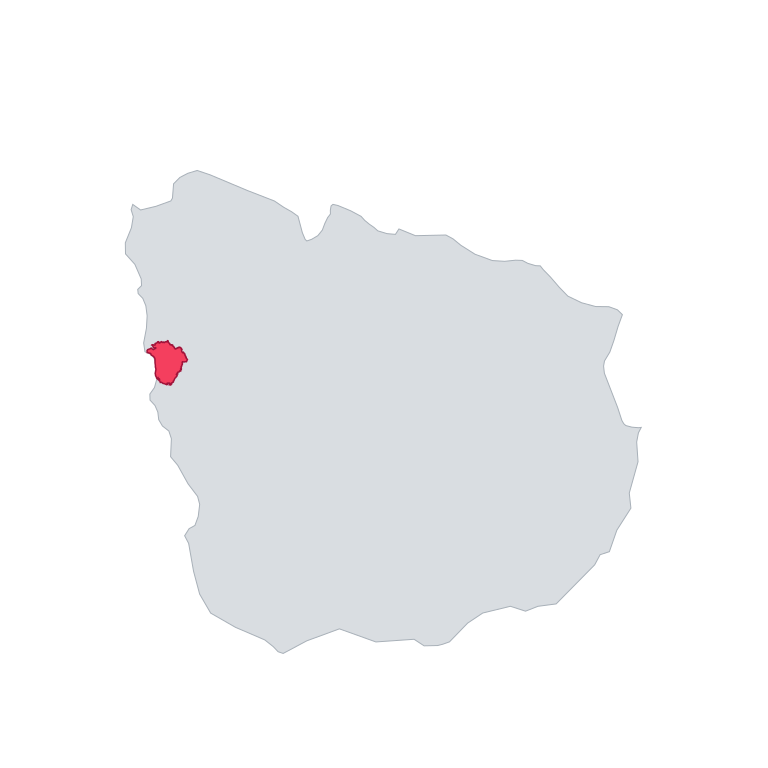 Chapicuy, Paysandú, Uruguay (highlighted), rotated 339°
{"feature_id": "84410073B18564201435230", "entity_name": "Chapicuy", "entity_type": "district", "adm_level": 2, "iso_a3": "URY", "parent_name": "Uruguay", "parent_adm1": "Paysandú", "projection": "mercator", "projection_center": [-57.843, -31.658], "detail": "fine", "context": "in_parent", "style": "filled", "palette": "rose", "viewbox_px": 768, "rotation_deg": 339, "n_neighbors": 0, "source": "geoboundaries", "source_scale": "gbopen_adm2", "svg_char_len": 6401}
<svg xmlns="http://www.w3.org/2000/svg" viewBox="0 0 768 768"><g transform="rotate(339 384 384)"><path d="M608.6,516.7L604.0,520.8L599.1,528.7L593.3,547.6L573.9,573.7L570.0,588.4L549.0,603.9L534.3,621.3L524.6,620.8L515.9,628.3L465.9,651.0L448.0,646.7L434.7,646.8L422.3,636.8L394.1,633.2L376.4,637.2L352.7,648.2L345.6,648.0L340.4,647.4L327.6,642.8L320.6,633.1L284.0,621.9L254.6,596.6L219.9,596.1L193.3,599.4L189.2,596.0L186.5,589.5L181.0,580.2L158.1,557.9L140.1,535.8L136.6,514.1L139.1,490.6L144.5,462.8L143.5,454.2L150.2,449.2L156.8,448.3L163.1,441.1L168.8,430.3L169.7,422.1L165.3,407.0L162.3,385.9L158.7,375.4L165.9,358.9L166.3,350.8L162.1,343.8L160.9,336.6L162.8,329.1L162.5,322.0L159.8,315.2L161.8,309.5L168.5,305.0L173.5,298.2L176.8,288.9L178.4,281.9L178.5,277.0L176.5,272.5L172.4,268.2L174.3,259.6L182.2,246.8L187.3,235.5L189.7,225.6L189.5,217.6L186.9,211.5L188.0,207.4L192.9,205.3L195.0,198.9L194.3,183.0L189.3,169.9L193.1,159.5L204.2,147.6L209.9,137.9L210.4,130.6L213.8,126.3L219.1,134.3L234.8,136.4L250.6,136.7L253.1,134.7L259.3,121.7L267.5,118.0L276.4,117.0L286.1,117.7L296.5,126.3L325.8,154.4L347.3,173.9L353.8,183.2L359.5,190.1L363.8,196.6L362.0,213.4L362.2,220.7L363.2,222.8L368.2,223.0L375.4,221.8L381.6,218.2L386.4,212.8L391.1,208.4L394.9,206.1L396.2,202.5L398.4,198.8L400.7,198.0L404.9,200.8L415.0,210.4L422.7,219.3L424.6,224.3L427.6,229.6L430.8,234.3L433.1,238.8L440.7,244.7L448.3,248.4L453.5,244.6L466.5,256.8L495.2,267.1L500.5,273.3L505.5,282.1L515.5,295.5L529.4,307.6L540.6,312.7L551.3,315.6L557.4,318.2L561.5,322.9L568.0,327.9L572.2,329.7L573.6,334.2L577.8,344.0L582.2,356.3L587.1,367.8L597.5,378.9L609.3,387.5L621.6,392.4L628.5,398.4L631.4,404.7L623.2,414.1L614.2,425.8L606.3,435.1L598.1,441.5L595.4,446.0L593.6,452.9L593.7,489.6L593.0,503.3L593.6,507.0L594.8,509.4L599.9,513.1L606.1,516.1L608.6,516.7Z" fill="#d9dde1" stroke="#a8b0b8" stroke-width="1"/><path d="M197.7,299.1L197.7,298.7L198.1,298.5L198.5,298.8L198.8,298.9L198.9,298.3L199.1,297.9L199.9,298.0L200.0,297.7L199.7,297.1L199.7,296.9L200.0,296.9L200.4,296.8L200.5,296.5L200.4,296.2L200.7,295.8L200.8,295.4L201.0,294.9L201.6,294.8L201.7,294.6L202.1,293.8L202.7,293.6L202.7,293.2L202.9,292.7L203.3,292.4L203.3,292.0L203.3,291.5L203.8,291.0L205.3,291.8L206.7,292.0L207.6,292.4L209.3,290.6L208.7,289.3L208.6,288.7L208.9,288.4L209.0,288.1L208.8,287.9L208.5,287.5L208.8,286.7L208.6,286.3L208.5,285.7L208.9,284.8L208.5,284.5L208.5,283.6L208.2,283.3L208.2,282.8L208.1,282.5L207.7,282.7L207.3,282.7L207.2,282.4L207.1,281.8L206.8,281.5L207.1,280.0L207.7,279.5L207.3,278.8L207.7,278.3L207.3,277.5L207.2,277.5L207.1,277.1L206.9,277.1L206.7,276.9L206.6,276.7L206.4,276.7L206.2,276.3L205.9,276.1L205.6,276.2L205.5,276.3L205.3,276.4L205.2,276.5L205.0,276.4L204.7,276.2L204.4,276.2L204.2,276.3L203.8,276.5L203.4,276.3L203.0,276.6L202.8,276.6L202.6,276.4L202.3,276.4L202.0,276.4L201.9,276.4L201.9,276.5L201.7,276.5L201.7,276.4L201.6,276.2L201.6,275.9L201.4,275.7L201.3,275.3L201.2,275.2L201.2,274.9L201.3,274.7L201.2,274.6L201.2,274.4L201.1,274.2L201.1,273.9L201.1,273.7L201.0,273.4L201.0,273.2L200.7,273.1L200.3,272.7L200.2,272.6L200.2,272.4L200.1,272.2L200.2,271.9L200.3,271.8L200.4,271.7L200.1,271.5L200.1,271.4L199.9,271.3L199.7,271.2L199.5,271.3L199.4,271.3L199.3,271.2L199.2,271.1L198.9,271.0L198.7,270.9L198.4,270.7L198.3,270.4L198.3,270.1L198.3,269.9L198.5,269.8L198.5,269.7L198.4,269.4L198.4,269.2L198.2,268.9L198.0,268.7L197.9,268.5L197.8,268.4L197.7,268.3L197.6,268.2L197.4,267.9L197.5,267.7L197.6,267.4L197.8,267.0L197.9,266.8L197.9,266.7L197.9,266.4L197.7,266.2L197.4,266.0L197.2,266.3L197.0,266.5L196.9,266.5L196.7,266.5L196.4,266.5L196.1,266.7L195.9,266.6L195.5,266.4L195.3,266.4L195.0,266.3L194.9,266.3L194.7,266.3L194.3,266.4L194.2,266.5L193.9,266.6L193.7,266.6L193.4,266.4L193.4,266.2L193.3,265.9L193.2,265.9L192.8,265.8L192.7,265.8L192.3,265.9L192.2,265.9L191.9,265.7L191.8,265.3L191.7,265.0L191.5,264.9L191.4,264.7L191.2,264.6L190.9,264.7L190.8,264.8L190.7,265.0L190.3,265.1L189.9,265.2L189.7,265.2L189.3,265.3L189.0,265.2L188.8,265.2L188.7,265.1L188.6,264.9L188.8,264.7L188.9,264.2L188.8,263.9L188.7,263.7L188.4,263.6L188.2,263.6L187.9,263.5L187.6,263.6L187.5,263.8L187.3,264.0L187.2,264.1L186.9,264.2L186.6,264.2L186.3,264.2L185.8,264.4L185.2,264.1L184.8,264.2L184.7,264.3L184.5,265.2L184.4,265.4L184.3,265.5L184.2,265.5L183.8,265.5L183.5,265.3L182.6,264.8L182.4,264.5L182.0,264.4L181.5,264.3L181.4,264.3L181.2,264.4L181.3,264.5L181.6,265.0L181.8,265.5L181.8,266.0L181.7,266.7L181.8,267.1L182.0,267.4L182.4,267.7L182.8,268.1L183.2,268.2L183.6,268.2L183.8,268.2L183.9,268.4L183.8,268.5L183.7,268.7L183.6,268.9L183.4,268.9L182.8,268.9L182.3,269.0L181.8,269.0L181.3,269.2L180.9,269.2L180.6,268.8L180.2,268.2L179.7,267.3L179.5,267.0L179.3,267.0L178.8,267.2L178.1,267.3L177.2,267.3L176.3,267.2L175.6,267.3L174.9,267.8L174.7,268.0L174.6,268.3L174.5,268.7L174.4,269.3L174.2,269.8L174.8,270.1L176.3,271.3L176.9,271.7L177.0,271.9L177.1,272.0L177.1,272.5L177.1,272.8L177.0,273.3L177.1,273.5L177.7,274.3L178.0,274.6L178.2,274.9L178.5,275.4L178.7,275.7L178.9,276.4L179.1,276.7L179.1,277.0L179.2,277.3L179.2,277.8L179.2,278.2L179.2,278.3L179.1,278.6L178.9,279.4L178.7,279.9L178.6,280.2L178.1,281.5L177.9,281.9L177.8,282.4L177.6,283.0L177.4,284.1L177.3,284.6L177.0,285.2L176.9,285.6L176.7,286.0L176.6,286.3L176.6,286.7L176.6,287.2L176.5,287.5L176.4,288.2L176.2,288.8L176.1,289.0L175.9,289.4L175.6,289.7L175.3,290.3L174.5,291.6L174.3,291.9L174.2,292.2L174.1,292.4L174.1,292.7L173.9,293.8L173.8,294.1L173.8,294.3L173.7,294.5L173.8,295.0L173.9,295.6L173.9,296.3L173.9,296.6L173.8,296.9L174.2,297.8L175.3,297.1L175.4,297.7L174.8,298.8L175.2,298.9L175.7,298.5L176.1,298.7L176.2,299.2L175.2,300.2L175.8,300.9L175.7,302.4L176.9,302.7L177.5,303.6L178.0,304.4L178.9,304.8L180.5,306.4L180.9,306.8L181.7,306.8L181.9,306.6L181.6,306.2L181.5,305.9L181.7,305.6L182.4,305.6L182.7,305.7L183.4,306.1L184.0,306.2L184.4,306.9L183.3,307.8L184.0,308.2L184.4,308.5L184.6,308.5L184.9,308.1L185.0,308.0L185.4,308.0L185.8,307.9L186.0,307.6L186.0,307.3L186.0,307.0L186.8,306.8L188.0,306.7L188.3,305.8L189.0,305.7L189.4,305.1L189.8,304.8L190.2,304.3L190.8,303.7L191.8,303.4L192.2,303.0L192.9,302.8L193.8,302.1L194.0,301.7L193.9,301.3L193.6,301.0L193.6,300.6L193.9,300.4L194.3,300.2L194.6,300.4L194.9,300.7L195.1,300.7L195.2,300.2L195.2,299.8L195.2,299.4L195.6,299.1L196.9,299.3L197.7,299.1Z" fill="#f43f5e" stroke="#9f1239" stroke-width="1.5"/></g></svg>